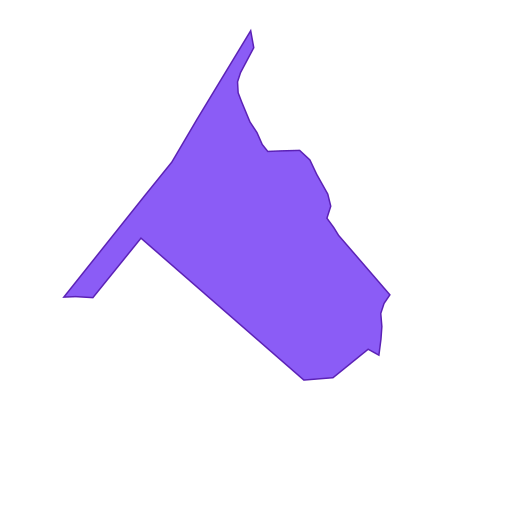 the district of Vista Serrana, Paraíba, Brazil, rotated 313°
{"feature_id": "56859067B19938607115103", "entity_name": "Vista Serrana", "entity_type": "district", "adm_level": 2, "iso_a3": "BRA", "parent_name": "Brazil", "parent_adm1": "Paraíba", "projection": "natural_earth1", "projection_center": [-37.563, -6.761], "detail": "fine", "context": "isolated", "style": "filled", "palette": "violet", "viewbox_px": 512, "rotation_deg": 313, "n_neighbors": 0, "source": "geoboundaries", "source_scale": "gbopen_adm2", "svg_char_len": 601}
<svg xmlns="http://www.w3.org/2000/svg" viewBox="0 0 512 512"><g transform="rotate(313 256 256)"><path d="M267.3,413.5L280.4,404.1L290.2,396.2L299.1,386.4L308.6,382.0L318.9,380.4L327.4,302.3L329.8,293.6L332.0,282.1L343.4,276.7L350.2,266.3L357.1,244.7L363.0,229.9L363.0,215.9L349.9,202.6L340.5,193.3L341.8,184.5L346.9,172.6L349.9,160.2L358.9,140.4L363.2,131.6L370.8,123.7L379.6,119.6L406.8,112.3L417.1,98.5L315.9,119.6L267.3,130.4L223.8,133.5L94.9,143.5L103.3,151.8L114.3,165.1L190.6,159.7L197.9,375.6L219.5,395.3L264.3,401.6L267.3,413.5Z" fill="#8b5cf6" stroke="#5b21b6" stroke-width="1.5"/></g></svg>